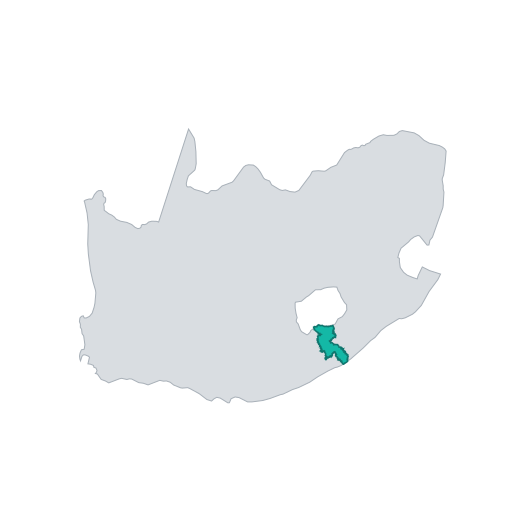 location of Alfred Nzo, Eastern Cape, South Africa, rotated 19°
{"feature_id": "47623444B30321887561170", "entity_name": "Alfred Nzo", "entity_type": "district", "adm_level": 2, "iso_a3": "ZAF", "parent_name": "South Africa", "parent_adm1": "Eastern Cape", "projection": "natural_earth1", "projection_center": [29.551, -30.65], "detail": "fine", "context": "in_parent", "style": "filled", "palette": "teal", "viewbox_px": 512, "rotation_deg": 19, "n_neighbors": 0, "source": "geoboundaries", "source_scale": "gbopen_adm2", "svg_char_len": 9490}
<svg xmlns="http://www.w3.org/2000/svg" viewBox="0 0 512 512"><g transform="rotate(19 256 256)"><path d="M353.5,89.8L365.4,88.1L370.8,89.1L377.2,91.9L383.2,92.9L393.4,91.9L396.9,92.4L399.6,93.3L401.6,94.9L404.5,106.1L407.0,118.2L406.9,122.0L407.3,123.5L410.1,128.6L411.2,131.8L412.9,134.4L416.5,147.3L416.9,149.5L416.7,180.7L415.3,184.4L415.9,189.3L414.2,190.0L404.1,183.7L402.4,183.9L399.5,186.3L396.9,189.9L395.7,193.0L390.6,201.4L390.2,206.8L390.6,211.3L392.3,211.5L393.5,214.8L396.2,220.0L400.9,223.4L405.2,224.9L411.2,225.3L415.9,225.2L415.7,221.6L416.8,212.2L424.7,213.3L436.4,213.0L435.6,219.2L431.2,233.2L428.4,248.9L424.9,256.9L422.9,260.1L417.2,265.9L414.2,267.9L411.7,268.5L402.0,280.2L398.3,285.9L395.1,294.1L391.9,298.7L387.2,308.3L379.0,322.6L372.1,331.9L369.0,334.6L366.9,335.9L361.5,341.3L353.8,350.0L347.9,357.8L339.1,366.5L334.0,370.4L326.4,377.9L324.3,379.1L315.7,386.1L309.5,390.4L299.6,395.3L295.6,396.7L286.1,395.4L282.1,396.1L278.9,399.1L278.6,403.4L277.2,404.0L268.5,402.0L264.9,402.4L262.8,404.7L261.2,407.6L256.2,407.7L247.3,404.7L236.8,402.9L234.3,402.7L229.3,404.9L227.6,405.2L220.2,404.8L216.0,403.3L212.1,403.3L209.1,404.5L205.5,404.9L195.9,413.0L190.8,413.0L186.4,413.9L178.6,412.8L176.4,413.3L174.1,414.8L168.8,415.4L166.8,416.6L158.1,423.9L154.4,423.2L149.8,423.1L144.4,419.2L142.4,419.4L142.9,418.2L143.0,416.1L141.1,414.0L139.1,414.1L137.9,412.4L134.8,412.2L132.2,412.7L131.5,405.9L130.2,405.3L127.1,405.1L125.5,405.4L124.8,406.0L124.1,407.5L124.2,412.3L123.1,410.9L121.7,408.1L121.2,405.0L121.5,401.5L123.9,400.1L123.1,395.6L119.1,387.7L116.8,386.0L114.9,382.0L113.1,380.6L112.2,377.7L110.4,375.5L109.7,371.9L110.6,369.9L112.1,368.8L113.7,370.5L115.6,369.9L118.2,367.3L119.7,363.4L119.6,357.1L119.1,353.2L116.6,343.1L115.5,340.8L110.4,333.6L104.4,323.9L96.8,308.6L93.0,299.4L87.2,280.9L82.3,270.4L76.3,260.7L75.6,260.0L76.4,258.8L79.4,256.6L80.7,256.0L81.5,256.2L82.2,255.6L82.8,254.1L83.2,250.6L84.6,247.0L85.8,245.5L88.5,244.4L90.5,245.8L91.4,247.1L91.8,248.9L92.8,249.7L94.2,249.7L95.3,250.8L95.9,253.0L95.9,254.6L95.1,255.6L95.2,256.9L96.3,258.6L97.6,262.2L103.1,264.0L106.3,264.3L109.2,265.2L112.0,266.8L116.6,267.2L122.9,266.3L128.2,266.7L132.3,268.3L135.3,268.6L137.1,267.6L137.9,266.2L137.6,264.3L138.5,263.1L140.5,262.6L142.2,261.2L143.4,258.9L146.2,257.0L150.7,255.6L152.9,255.6L150.9,157.9L159.1,164.7L161.0,167.8L165.2,176.9L169.4,188.2L170.2,193.6L170.1,194.8L166.0,202.2L166.0,205.9L166.5,210.2L167.5,212.3L168.7,213.0L171.6,211.9L176.0,213.1L184.5,212.6L188.7,213.1L189.8,212.8L190.7,211.9L191.8,209.3L192.8,208.5L196.7,207.3L198.4,205.9L201.1,200.8L209.4,194.0L210.3,192.3L215.3,176.0L216.9,173.7L219.2,172.2L223.8,170.9L226.6,171.6L229.5,173.0L232.9,175.4L237.8,179.8L239.5,180.5L244.5,180.7L247.5,183.6L256.8,185.6L259.5,185.5L262.3,183.9L267.1,184.0L272.1,182.9L275.2,180.0L281.0,162.1L281.6,158.2L282.3,157.2L287.1,155.1L293.0,153.6L294.2,152.8L297.9,147.8L302.7,143.7L306.0,129.4L308.2,126.1L309.5,124.7L310.4,124.6L311.6,123.8L313.2,122.0L315.1,120.9L317.3,120.5L318.7,119.4L319.4,117.4L320.5,116.5L322.1,116.6L323.1,116.0L323.3,114.7L326.9,111.6L327.0,110.4L329.0,107.4L333.1,102.6L336.9,99.9L340.5,99.4L347.1,97.0L349.5,94.7L351.0,91.6L353.5,89.8ZM342.9,300.2L348.7,297.8L353.0,294.6L354.0,288.8L357.3,285.3L358.5,281.9L359.4,277.4L357.5,272.6L354.8,271.2L349.8,267.0L347.7,264.2L344.8,261.9L342.6,259.1L339.3,260.0L334.0,262.3L330.8,264.3L328.1,266.8L323.2,268.6L318.6,276.5L317.1,278.2L313.6,284.0L308.4,286.8L308.3,287.8L310.0,292.5L312.5,297.2L315.0,301.0L314.9,303.4L315.7,305.2L318.0,306.5L321.8,311.2L323.7,312.7L329.5,313.9L330.4,313.6L331.9,310.7L332.1,308.7L336.0,302.6L337.6,300.7L342.9,300.2Z" fill="#d9dde1" stroke="#a8b0b8" stroke-width="1"/><path d="M363.6,314.2L362.4,313.8L362.1,313.2L361.1,313.4L360.6,313.8L359.7,313.8L359.3,314.1L359.0,314.0L358.5,314.6L358.0,313.9L357.0,313.7L356.6,313.3L355.4,313.3L355.2,313.4L355.2,313.6L354.9,313.8L354.8,313.5L355.0,313.2L354.7,313.4L354.6,313.1L353.9,312.9L354.1,312.6L353.4,312.2L354.7,311.4L354.5,311.1L354.3,311.5L354.1,310.9L354.0,311.0L354.2,310.3L354.8,310.5L355.2,309.1L355.2,308.3L355.7,308.0L355.9,308.1L355.9,307.7L356.1,307.5L357.1,307.3L357.0,306.8L357.6,306.9L357.4,306.2L357.5,305.3L356.6,304.2L356.1,303.9L356.5,304.9L356.0,304.9L355.9,304.7L354.3,304.2L354.5,304.1L354.3,303.9L354.5,303.8L354.2,303.8L354.2,303.6L353.9,303.7L353.7,303.1L353.8,302.8L353.6,302.7L353.8,302.5L353.5,302.3L353.4,302.4L353.3,302.0L353.6,301.9L353.4,301.8L353.1,301.5L353.5,301.0L353.3,300.9L353.5,300.8L353.4,300.3L353.5,300.0L353.4,299.8L353.5,299.7L353.4,299.6L353.5,299.6L353.5,299.4L353.3,299.4L353.2,298.9L352.9,298.3L352.4,298.0L351.9,297.1L351.2,296.8L350.8,297.1L350.6,297.6L350.1,297.7L350.0,297.8L349.6,297.7L349.5,298.1L348.8,298.5L347.8,298.8L347.7,299.2L346.4,299.5L345.4,299.6L345.2,299.9L344.4,300.1L344.1,300.1L343.6,300.5L343.0,300.3L342.6,300.4L341.1,300.0L340.0,300.8L339.6,300.7L339.4,300.9L338.9,301.0L337.8,300.6L337.4,301.3L337.0,301.3L336.6,302.4L336.6,303.0L336.4,303.0L336.3,302.9L335.9,303.2L335.7,303.6L334.8,303.5L334.2,303.7L334.2,303.9L333.6,304.5L333.8,304.9L334.7,305.4L334.6,305.8L335.0,306.2L335.0,306.7L335.6,306.7L336.6,307.3L337.5,307.6L338.2,307.9L338.6,307.9L338.8,308.1L339.6,308.0L340.0,308.3L340.2,308.7L340.2,309.0L340.1,309.3L340.7,309.3L340.9,308.8L341.6,308.4L341.9,308.9L342.2,308.9L342.3,309.2L342.5,309.1L342.5,309.3L342.8,309.3L342.8,309.5L342.6,309.7L342.4,309.8L342.7,309.4L341.9,309.7L342.1,309.9L341.5,310.0L341.4,310.3L341.7,310.5L341.3,310.6L341.1,311.2L341.0,311.4L340.6,311.4L340.3,311.8L340.9,312.4L341.2,313.2L341.3,313.3L341.2,313.5L341.3,313.8L341.2,314.1L341.5,314.3L340.9,314.5L341.2,314.9L341.1,315.2L341.4,315.4L341.3,315.6L342.0,315.7L342.3,316.1L342.2,316.3L342.4,316.4L342.5,316.7L342.4,316.9L342.8,316.8L343.3,317.4L343.4,317.8L343.6,317.8L343.3,317.9L343.5,318.1L343.3,318.2L343.6,318.4L343.7,318.5L344.1,318.5L343.9,318.9L344.0,319.0L344.2,318.8L345.0,319.2L345.0,319.5L345.3,319.9L345.5,319.7L345.7,319.8L345.7,320.4L345.9,320.2L346.4,320.3L346.6,320.5L346.4,320.6L346.4,320.8L346.6,320.9L346.6,321.0L346.9,321.1L347.0,321.4L346.8,322.1L347.1,322.2L347.3,322.4L347.2,322.0L347.3,321.8L348.0,322.0L348.0,322.4L348.1,322.5L347.7,322.4L347.6,322.6L347.9,323.1L348.1,323.1L348.2,323.4L348.1,323.7L348.5,324.3L348.2,324.3L348.2,324.7L347.9,324.5L347.7,324.8L348.1,324.8L348.9,325.4L349.2,325.1L348.9,324.9L349.2,324.8L349.3,324.8L349.4,325.3L349.5,325.3L349.7,325.0L349.5,324.8L349.8,324.5L349.9,324.8L350.1,324.9L349.9,325.3L350.0,325.3L350.1,325.0L350.6,324.8L350.5,324.0L350.8,324.1L351.0,323.9L351.3,323.9L351.2,323.5L351.3,323.4L351.8,323.6L351.9,323.9L352.3,324.4L352.3,324.5L352.4,324.8L353.0,325.1L353.2,325.5L353.6,325.6L353.8,325.8L354.0,327.1L353.9,327.4L354.6,327.8L355.3,327.8L355.5,327.9L355.4,328.3L355.0,328.4L355.0,328.8L355.4,328.4L355.2,329.1L354.9,328.9L354.8,329.4L354.6,329.4L354.6,330.2L355.1,330.4L355.1,330.7L355.4,331.2L355.9,331.3L356.1,331.0L355.8,330.8L356.1,330.4L356.1,330.0L356.4,329.6L356.4,329.2L356.2,328.9L356.3,328.5L356.5,328.5L356.7,329.1L357.1,329.1L357.0,328.7L357.2,328.2L357.5,328.3L357.8,328.1L358.0,327.6L358.4,327.8L358.7,327.5L359.1,327.3L359.1,327.1L358.6,326.9L358.6,326.7L359.0,326.8L359.3,326.5L359.2,326.3L359.5,326.3L359.8,325.8L360.0,325.8L359.9,326.0L360.1,325.9L360.3,326.2L360.4,325.5L359.9,325.4L359.8,325.6L359.6,325.6L360.4,324.7L360.2,324.5L360.2,323.9L359.8,323.5L360.0,323.3L360.0,323.1L360.4,322.9L360.4,322.5L360.8,322.5L360.9,322.3L361.0,322.0L360.8,321.5L361.2,321.1L361.3,321.2L361.5,321.1L361.5,321.4L361.6,321.5L361.7,321.3L362.0,321.5L362.5,321.4L362.2,321.6L362.4,321.7L362.5,321.6L362.7,321.9L363.0,321.9L363.1,322.2L363.5,322.4L364.2,322.9L364.1,323.1L363.4,323.2L363.7,323.9L363.8,323.9L363.7,324.4L364.4,324.6L364.5,325.0L365.7,325.0L366.0,325.7L366.2,325.4L366.7,325.7L367.1,326.2L366.9,326.3L367.0,326.8L367.1,326.6L367.2,326.8L367.6,326.9L367.5,326.7L367.8,326.6L367.9,326.8L368.0,326.5L368.3,326.4L368.3,326.8L368.4,327.2L368.7,326.9L368.8,327.0L368.9,326.8L369.0,327.0L369.3,326.9L369.3,327.2L369.1,327.3L369.7,327.3L369.9,327.6L370.1,327.8L370.2,327.7L370.4,328.0L370.6,328.1L370.8,327.9L370.8,328.1L371.4,328.2L371.3,328.3L371.6,328.3L371.7,328.5L371.9,328.9L372.1,328.9L372.6,329.2L373.0,329.6L373.7,329.9L374.2,329.7L374.2,329.3L374.9,328.5L374.8,328.4L375.3,328.1L375.5,327.8L375.4,327.7L376.1,327.1L376.2,326.8L376.5,326.5L376.5,326.2L376.9,325.5L376.3,324.7L376.4,324.0L376.0,323.8L375.8,324.0L375.7,323.6L375.9,323.4L375.8,323.0L376.0,323.0L376.1,322.7L375.6,322.4L375.9,321.3L375.6,321.0L375.3,321.0L375.5,320.9L375.2,320.7L375.3,320.4L374.4,320.2L374.2,319.9L374.7,320.1L374.8,319.7L374.3,319.8L374.3,319.5L374.1,319.3L373.6,319.2L373.3,319.3L373.2,319.6L373.2,319.1L372.9,319.2L373.0,318.9L372.9,318.7L372.7,318.8L372.7,319.0L372.2,319.1L371.9,318.9L371.8,318.7L372.0,318.7L372.1,318.1L372.0,318.3L371.2,318.2L371.4,317.8L371.7,317.8L371.6,317.3L371.0,317.2L371.2,317.8L370.7,318.0L370.9,317.3L370.5,317.4L370.3,317.6L370.2,317.3L370.5,317.2L370.4,317.0L370.1,317.0L369.9,316.8L369.4,317.0L369.4,316.4L369.3,316.6L369.0,316.6L369.1,316.4L368.9,316.3L368.9,315.9L368.7,316.2L368.4,315.8L368.7,315.5L368.6,315.4L368.4,315.6L367.9,315.3L368.1,315.7L367.8,315.5L367.7,315.9L367.3,315.6L367.3,315.9L367.1,316.0L367.1,315.9L366.8,315.8L366.9,315.6L366.2,315.5L366.0,315.1L365.8,315.0L365.9,314.8L365.6,314.6L365.1,315.0L364.0,315.1L363.8,314.5L363.6,314.2Z" fill="#14b8a6" stroke="#0f766e" stroke-width="1.5"/></g></svg>